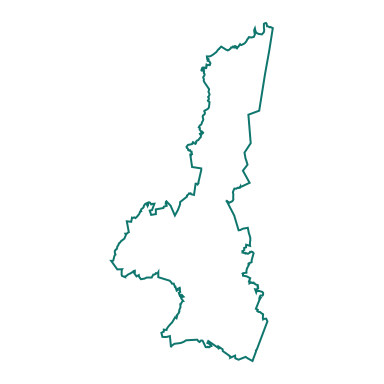 the district of Jalpa de Méndez, Tabasco, Mexico
{"feature_id": "50627088B16392647790801", "entity_name": "Jalpa de Méndez", "entity_type": "district", "adm_level": 2, "iso_a3": "MEX", "parent_name": "Mexico", "parent_adm1": "Tabasco", "projection": "equal_earth", "projection_center": [-93.099, 18.238], "detail": "fine", "context": "isolated", "style": "outline", "palette": "teal", "viewbox_px": 384, "rotation_deg": 0, "n_neighbors": 0, "source": "geoboundaries", "source_scale": "gbopen_adm2", "svg_char_len": 6018}
<svg xmlns="http://www.w3.org/2000/svg" viewBox="0 0 384 384"><path d="M259.2,110.7L265.0,74.2L269.2,50.9L272.8,28.1L270.4,27.0L269.8,27.3L268.1,26.4L267.1,26.3L266.5,23.5L266.0,23.0L264.8,23.3L263.9,23.9L263.9,28.1L264.2,29.4L264.1,31.1L263.7,32.4L261.9,34.4L258.6,33.9L256.6,33.0L255.5,31.3L254.9,28.4L254.2,30.0L254.3,31.7L254.9,34.5L253.8,36.9L251.5,37.5L248.9,37.1L248.5,37.5L248.4,38.3L247.4,39.2L246.3,41.4L244.6,43.4L241.3,45.1L240.7,44.9L240.1,44.2L239.6,45.1L238.9,45.5L238.7,46.4L238.3,46.8L237.8,47.1L237.1,47.0L237.1,48.3L236.6,48.3L236.1,47.7L235.9,46.6L235.5,46.1L235.0,46.1L234.9,47.0L234.3,47.6L234.1,47.6L233.7,46.6L232.6,46.6L231.9,47.6L231.1,47.5L230.5,48.6L228.6,50.1L227.7,50.4L227.2,50.0L226.3,49.8L221.2,46.6L219.4,48.4L219.0,49.1L218.4,49.3L216.3,52.1L213.1,54.6L210.8,56.0L209.5,56.4L206.9,56.4L207.2,58.9L208.2,58.8L208.6,59.3L207.7,60.8L209.4,61.4L210.4,63.2L209.9,65.0L209.6,65.2L208.2,64.8L207.3,65.4L206.5,64.7L206.3,65.6L206.5,66.7L206.2,68.0L205.3,67.7L204.4,68.8L203.2,68.9L203.0,68.3L203.3,67.5L202.7,67.5L202.2,67.9L201.4,70.2L201.6,70.6L203.7,70.7L204.1,71.0L203.8,73.1L204.5,74.0L204.6,74.6L204.4,75.5L203.4,76.8L203.2,77.5L203.9,79.2L203.7,80.7L204.3,82.1L209.1,89.2L208.5,92.0L209.5,94.0L209.5,94.6L208.8,96.3L208.1,97.0L208.8,98.0L208.9,99.1L207.9,100.6L208.3,101.3L209.2,101.6L209.5,102.1L209.0,107.0L208.6,108.0L207.7,109.0L204.4,110.8L204.3,111.4L204.9,112.6L204.8,113.7L204.4,114.4L203.0,115.5L202.7,116.3L202.8,117.6L203.3,119.2L203.0,120.6L202.0,122.2L201.7,123.6L200.8,124.9L199.9,125.4L198.8,127.3L199.8,127.9L199.9,128.3L199.6,129.4L200.9,131.3L201.8,131.4L203.1,132.6L202.9,133.0L202.0,132.6L201.9,133.9L201.7,134.2L200.6,133.4L199.9,133.8L201.0,135.5L200.7,137.3L199.5,138.4L198.3,140.1L196.8,140.7L196.0,141.9L196.2,142.7L195.5,143.8L193.7,143.2L193.6,142.4L193.0,142.1L192.0,144.1L188.0,144.9L186.5,146.8L186.8,147.8L187.8,148.5L188.2,150.0L188.9,150.5L189.9,150.1L190.4,151.2L191.0,151.7L191.5,151.6L191.7,152.1L191.5,153.3L191.9,153.6L192.0,154.1L190.9,154.4L191.2,155.0L190.9,155.7L190.4,155.4L192.1,167.0L201.2,168.4L201.3,169.8L198.4,182.4L198.6,183.0L197.6,184.5L196.9,183.8L195.6,183.7L194.0,194.9L191.3,194.3L190.6,193.3L189.8,193.7L189.1,193.4L188.7,194.1L187.0,195.5L187.0,196.6L180.2,202.0L180.0,202.8L180.1,204.3L177.9,210.0L174.9,215.5L170.6,205.7L166.4,201.3L165.9,201.9L165.7,203.7L166.3,203.8L166.7,205.8L163.8,206.7L163.4,208.0L155.8,209.4L155.9,214.1L151.2,214.9L149.7,210.6L152.0,210.1L154.4,203.7L152.4,203.9L151.2,204.4L150.0,202.6L148.9,202.3L148.3,202.9L148.0,205.3L147.6,205.4L147.5,205.8L147.1,205.0L146.9,203.1L145.2,204.0L143.8,205.9L143.7,207.0L143.2,207.8L141.4,209.1L140.7,210.7L141.1,211.3L140.0,211.8L139.9,212.4L139.1,214.1L137.0,216.7L135.4,218.1L134.3,217.4L132.6,218.0L132.0,217.7L131.2,221.8L126.8,221.3L128.8,232.1L128.3,232.3L127.0,233.6L125.4,233.7L125.9,234.6L125.9,235.0L124.4,238.6L121.1,241.1L119.8,242.8L118.8,243.5L118.6,244.7L117.3,246.6L117.1,248.1L116.5,249.4L115.7,249.6L114.8,251.0L114.9,253.1L115.5,254.6L114.8,255.2L114.3,256.3L113.3,260.4L112.6,260.9L111.2,260.9L117.3,269.4L122.2,269.2L121.7,270.2L121.6,274.5L122.0,275.9L125.2,277.2L125.1,276.4L126.5,275.9L127.6,274.8L131.7,272.7L133.8,271.0L134.8,270.7L134.9,272.1L134.1,272.9L136.5,276.4L138.8,275.1L139.0,276.3L139.3,277.1L140.9,279.2L144.5,278.6L146.8,277.5L151.7,277.5L153.3,274.6L154.2,274.6L155.7,273.9L155.8,273.2L157.7,273.1L158.3,272.1L158.3,277.2L169.7,280.7L171.4,282.5L172.0,283.7L173.8,283.7L174.9,286.9L175.4,286.7L176.7,290.7L177.7,290.1L177.4,289.1L179.7,287.8L179.9,288.5L179.8,289.7L180.2,292.0L178.8,292.8L179.8,295.7L180.7,295.0L181.0,295.9L182.0,295.1L183.5,296.7L181.0,297.4L181.2,298.3L183.2,301.0L182.6,301.1L181.4,302.9L180.6,304.7L180.3,304.6L180.5,307.1L179.2,310.3L179.4,311.7L178.9,312.1L178.7,313.1L176.8,315.3L177.2,315.6L176.5,318.2L175.2,317.2L172.0,322.6L170.9,323.6L168.2,326.7L166.9,328.7L166.5,330.0L163.8,329.6L163.8,331.6L161.4,332.8L162.4,336.9L166.4,337.0L169.9,336.1L171.0,347.2L171.6,345.8L174.4,343.8L180.7,343.0L183.6,341.9L186.1,340.3L197.2,339.7L198.6,341.5L199.6,342.0L200.6,340.7L201.6,340.5L202.6,340.7L205.7,347.1L206.9,347.2L207.7,346.8L208.1,346.9L208.2,347.2L209.0,347.3L210.0,346.7L210.5,346.1L211.4,346.0L211.3,345.7L210.8,345.7L210.2,344.3L209.7,344.4L209.0,343.6L207.4,343.0L208.3,341.0L217.8,347.6L218.2,346.3L220.1,347.6L220.0,347.8L220.2,347.7L222.6,349.3L222.8,351.1L229.2,355.6L229.8,356.6L230.1,356.3L231.0,357.0L230.7,357.6L235.1,355.6L235.3,358.3L238.5,359.7L245.6,356.9L247.8,358.4L252.5,361.0L256.0,351.5L255.9,350.4L256.7,349.8L267.4,321.4L266.2,318.7L263.5,318.9L263.1,319.3L262.8,318.1L263.1,314.5L262.8,313.9L261.8,313.6L260.2,312.1L258.4,311.9L258.2,311.4L257.2,310.9L257.7,309.7L255.9,308.8L259.5,299.8L260.5,298.1L259.4,298.3L259.8,296.7L260.4,295.6L261.0,295.4L262.4,295.6L262.8,295.2L263.1,294.6L263.1,292.8L262.3,291.9L259.3,291.0L256.9,291.0L256.6,291.2L256.2,292.4L255.1,289.3L256.2,289.5L258.1,288.5L257.6,287.0L258.1,286.8L257.7,285.0L256.1,284.7L254.5,283.6L254.4,283.2L253.2,283.1L253.2,282.6L251.3,282.9L251.1,282.4L250.6,282.4L249.4,283.3L249.3,282.0L249.5,281.4L249.0,281.3L250.2,278.2L246.6,276.3L243.0,275.7L243.0,273.9L242.6,273.6L243.0,273.2L246.5,272.7L246.4,271.1L246.9,268.7L249.1,264.4L248.4,263.9L248.7,263.4L251.6,262.2L251.7,260.0L253.6,253.3L252.6,252.0L251.4,251.6L251.0,252.0L250.1,251.9L249.9,252.6L247.9,253.8L245.8,253.0L245.6,253.5L243.9,253.0L243.3,252.3L242.5,252.5L242.4,251.1L243.1,251.0L244.3,249.9L244.1,248.0L246.0,247.3L246.2,244.7L250.1,245.9L249.9,244.4L250.0,241.9L250.3,240.7L250.3,237.8L248.8,232.8L247.8,227.8L242.8,228.7L240.4,230.0L238.6,230.3L234.2,215.5L227.3,202.2L226.1,200.4L229.4,202.7L232.1,201.3L232.9,200.5L233.4,199.3L233.2,198.3L233.3,194.1L232.9,192.4L233.1,191.5L234.4,188.6L236.3,188.7L237.5,187.8L238.6,188.0L239.3,187.4L239.8,187.7L240.4,186.5L240.5,187.1L249.6,182.8L242.9,170.7L247.5,164.7L246.4,160.9L245.5,158.4L244.5,152.6L250.7,143.2L248.4,114.7L259.2,110.7Z" fill="none" stroke="#0f766e" stroke-width="2"/></svg>